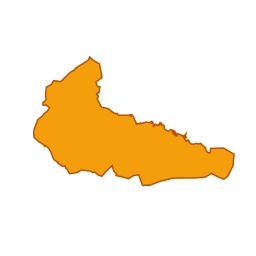 outline of Ål nor, Buskerud, Norway, rotated 161°
{"feature_id": "86288312B66646203611151", "entity_name": "Ål nor", "entity_type": "district", "adm_level": 2, "iso_a3": "NOR", "parent_name": "Norway", "parent_adm1": "Buskerud", "projection": "mercator", "projection_center": [8.363, 60.697], "detail": "fine", "context": "isolated", "style": "filled", "palette": "amber", "viewbox_px": 256, "rotation_deg": 161, "n_neighbors": 0, "source": "geoboundaries", "source_scale": "gbopen_adm2", "svg_char_len": 5370}
<svg xmlns="http://www.w3.org/2000/svg" viewBox="0 0 256 256"><g transform="rotate(161 128 128)"><path d="M198.2,104.7L198.0,103.7L194.6,103.1L190.0,102.5L185.7,103.5L176.8,99.1L176.4,97.8L173.8,97.2L171.4,93.1L168.5,90.9L161.6,94.7L155.1,97.7L155.2,97.2L155.8,97.2L156.0,96.8L155.1,97.0L155.1,96.6L155.1,96.1L155.3,95.8L155.5,93.1L155.5,92.3L155.5,92.1L153.8,88.0L154.8,87.0L152.0,85.2L150.0,84.1L144.1,79.9L144.0,80.0L143.5,80.2L143.2,80.1L142.8,80.3L142.2,80.3L140.9,80.7L138.3,81.1L135.7,80.8L134.6,80.5L133.1,79.9L133.0,69.3L132.3,68.6L130.4,68.3L126.1,66.8L115.2,67.2L102.4,66.0L98.0,64.8L97.7,64.6L90.8,62.4L81.9,59.3L71.4,56.4L63.7,57.9L59.9,53.5L54.1,48.4L49.4,49.9L41.0,58.1L36.3,68.7L44.3,78.0L56.5,81.8L57.7,79.3L58.7,77.9L59.5,77.8L59.7,78.1L59.9,78.6L60.4,78.9L60.7,79.3L61.3,80.5L61.3,80.9L61.3,81.3L61.6,81.8L61.7,82.2L61.3,83.0L61.2,83.5L61.2,83.8L61.7,84.5L61.6,84.9L61.8,85.3L62.2,85.6L62.5,86.3L63.0,86.7L63.1,87.0L63.2,87.5L63.8,88.3L63.9,88.6L64.0,88.7L64.0,89.3L64.1,89.7L64.5,89.9L66.4,89.9L67.0,90.1L68.2,91.2L69.4,91.1L70.0,91.2L71.8,91.6L72.6,91.9L73.2,92.2L74.0,92.9L74.3,93.5L74.4,94.0L74.9,97.2L77.1,96.5L77.3,96.8L77.3,97.2L77.6,97.5L77.8,98.1L77.8,98.4L77.6,98.8L77.8,99.7L77.8,100.4L78.2,100.7L78.5,100.7L78.7,100.8L78.6,101.0L78.2,101.1L78.4,101.7L78.4,102.1L78.3,102.3L78.1,102.2L77.9,101.9L78.0,101.7L77.6,101.5L77.7,101.4L77.3,100.9L77.3,100.4L77.0,100.4L76.6,100.4L76.7,100.8L76.3,100.5L76.1,99.9L75.9,100.0L76.1,100.7L76.4,101.2L76.3,101.9L76.5,102.2L76.0,102.8L75.7,103.2L75.2,103.3L75.0,103.7L75.6,103.3L76.0,103.2L76.4,102.5L76.7,102.2L77.0,101.7L77.2,101.8L77.2,102.1L77.3,102.2L77.6,102.1L77.8,102.2L78.0,102.4L78.5,102.7L79.0,102.8L79.3,103.0L79.4,103.4L79.6,103.5L79.8,104.0L80.2,104.3L80.3,104.3L83.1,106.5L83.2,106.4L83.3,106.2L83.5,106.0L84.3,106.5L84.5,106.5L84.6,106.4L84.5,105.2L84.3,105.2L84.3,105.5L84.2,105.5L84.1,104.9L83.8,104.6L84.4,104.8L84.6,104.6L85.9,105.9L85.9,106.0L85.8,106.3L87.1,107.9L87.1,108.0L87.2,108.4L87.4,108.6L87.2,109.0L87.3,109.2L87.2,109.4L87.3,109.6L87.2,109.8L86.5,109.3L85.9,108.9L85.7,108.5L85.2,108.6L85.1,108.3L85.3,108.0L85.4,107.6L85.3,107.3L85.2,107.3L85.0,107.7L84.8,107.7L84.6,107.8L84.3,108.3L85.0,109.4L85.1,109.6L85.1,109.9L85.2,110.0L86.0,109.7L86.1,110.0L86.2,110.9L86.3,111.0L86.2,111.1L86.0,110.9L86.0,111.1L86.2,111.3L86.8,111.3L88.0,112.6L90.0,111.9L90.7,111.9L91.0,111.9L91.5,112.3L93.0,113.9L93.6,114.7L93.8,115.2L93.8,115.5L93.8,116.2L93.1,118.0L93.2,118.6L93.4,118.8L93.5,118.8L93.9,119.5L94.1,119.5L94.4,119.6L94.7,119.9L94.9,119.8L94.9,120.2L94.8,120.3L94.7,120.3L94.7,120.8L95.2,121.0L95.3,121.1L95.3,121.3L95.2,121.3L95.0,121.2L94.8,121.2L94.9,121.6L95.1,121.9L95.3,121.8L95.8,122.4L96.5,122.3L96.6,122.2L96.8,121.9L97.0,121.9L97.0,121.7L96.9,121.3L96.9,121.2L97.2,121.2L97.1,120.7L97.4,120.7L97.8,121.1L98.0,121.1L98.2,120.8L98.4,120.8L98.5,120.9L98.8,120.8L98.9,121.0L99.1,121.1L99.2,120.9L99.1,120.7L99.4,120.5L99.5,120.7L99.6,121.2L100.7,122.4L101.0,122.0L101.8,122.1L101.8,121.8L102.3,121.6L102.9,121.2L103.6,121.2L103.6,121.3L103.3,121.6L102.0,122.5L101.8,122.6L104.0,124.8L102.7,125.1L103.3,126.6L105.2,126.1L107.0,126.6L108.9,127.7L111.2,127.8L113.2,127.6L113.4,127.8L113.4,127.7L113.5,127.6L113.4,127.8L113.5,127.9L113.7,128.0L113.8,128.1L114.2,128.3L114.4,128.6L114.8,128.5L115.0,128.6L116.2,128.3L116.3,128.4L116.2,128.5L116.3,128.6L116.8,128.9L116.9,129.0L117.0,129.2L117.5,129.1L117.8,129.1L118.8,128.8L118.7,129.1L118.8,131.0L118.8,132.0L119.1,133.3L119.2,135.0L119.1,136.4L119.4,137.5L120.8,138.4L122.1,138.8L122.1,139.1L121.3,138.9L121.2,139.1L120.8,139.3L120.0,139.3L119.9,139.4L120.0,139.5L122.9,139.8L126.1,140.8L128.2,141.6L131.4,142.6L133.3,143.3L133.2,143.3L133.2,143.8L133.1,144.2L133.2,144.4L133.2,144.5L133.3,145.0L133.6,145.2L134.3,145.4L134.6,145.8L134.9,145.8L135.1,146.0L135.3,146.0L135.7,145.9L135.8,146.0L137.7,148.5L140.5,152.8L142.3,154.0L144.9,155.3L146.0,156.3L146.5,157.4L147.0,160.6L147.0,161.8L147.3,163.4L147.5,164.2L147.6,164.6L147.5,165.1L147.4,166.1L146.5,166.3L146.5,166.7L146.1,167.3L146.0,167.6L145.7,168.1L146.0,168.8L146.1,169.0L146.1,169.3L146.1,169.8L146.2,170.1L146.6,169.8L146.8,169.8L146.7,170.4L146.2,170.8L144.7,170.9L144.7,171.0L144.2,171.1L144.2,170.8L144.1,170.7L141.1,176.1L143.2,176.8L143.5,182.0L142.5,182.4L139.8,182.9L136.2,184.3L135.8,185.7L135.4,188.3L135.4,189.0L134.1,198.0L137.4,201.6L139.2,204.1L141.1,207.6L142.1,206.6L142.9,205.3L146.8,204.2L147.5,204.1L150.2,203.3L152.4,203.0L155.4,202.3L158.5,201.5L159.7,200.2L162.0,200.0L164.1,199.5L166.3,198.7L173.0,195.4L173.2,195.1L173.3,195.1L176.4,193.8L182.9,197.0L185.9,194.3L191.9,193.1L195.1,186.6L195.5,184.6L196.0,181.9L197.8,180.6L199.3,179.9L199.5,180.0L199.9,179.9L200.0,179.9L200.5,178.5L200.9,177.2L197.9,176.3L195.6,172.8L198.8,170.1L202.9,168.8L205.0,167.2L210.6,165.2L216.8,157.8L217.5,156.7L218.4,155.0L219.6,151.4L219.7,149.4L216.8,144.2L213.0,139.4L212.8,139.1L212.7,138.9L212.5,138.7L212.9,138.3L212.7,138.0L212.6,137.6L212.1,137.6L211.7,137.9L210.5,136.2L209.7,134.8L209.5,134.7L209.5,133.6L208.8,131.2L208.6,128.3L208.6,124.6L208.5,124.1L208.4,123.2L208.4,122.4L206.1,119.1L205.6,118.6L205.2,118.4L205.7,117.6L205.2,116.8L204.0,115.2L203.3,114.8L203.1,114.3L203.3,114.1L203.1,113.7L201.6,113.0L200.0,112.6L199.9,110.1L199.6,110.1L198.7,107.5L198.5,105.5L198.2,104.7Z" fill="#f59e0b" stroke="#b45309" stroke-width="1.5"/></g></svg>